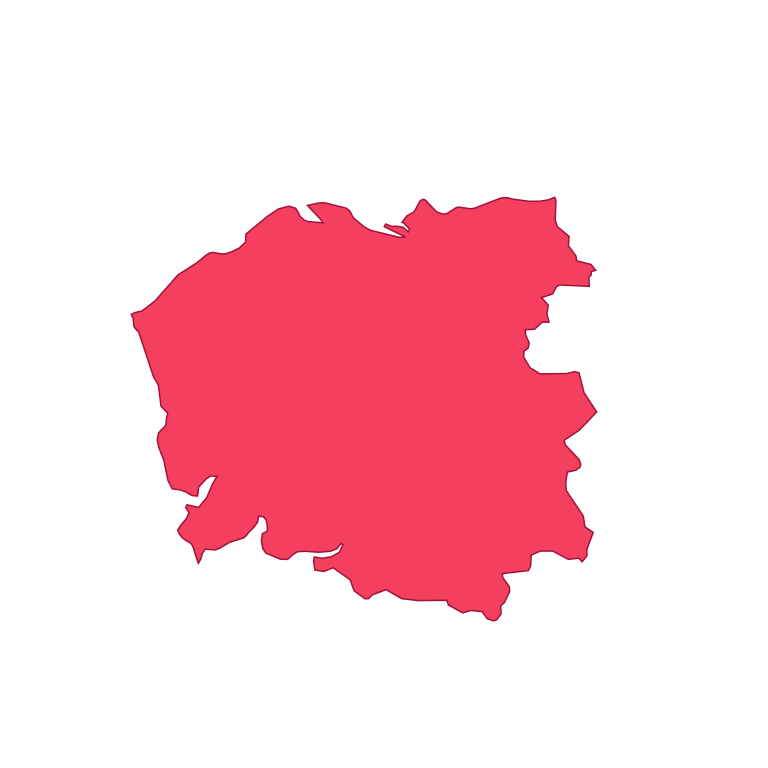 SVG path tracing the border of Cumbria, rotated 26°
{"feature_id": "GBR-2139", "entity_name": "Cumbria", "entity_type": "Administrative County", "adm_level": 1, "iso_a3": "GBR", "parent_name": "United Kingdom", "parent_adm1": "", "projection": "equal_earth", "projection_center": [-2.905, 54.627], "detail": "fine", "context": "isolated", "style": "filled", "palette": "rose", "viewbox_px": 768, "rotation_deg": 26, "n_neighbors": 0, "source": "natural_earth", "source_scale": "10m", "svg_char_len": 3002}
<svg xmlns="http://www.w3.org/2000/svg" viewBox="0 0 768 768"><g transform="rotate(26 384 384)"><path d="M398.4,175.4L408.0,165.2L413.0,162.5L419.0,161.3L434.2,156.2L443.8,151.5L451.2,146.3L455.5,141.4L458.0,143.6L466.1,161.7L470.7,166.5L485.6,170.2L489.2,178.9L500.4,184.8L503.1,188.8L517.6,185.8L524.5,189.0L520.9,192.2L522.4,195.1L521.3,198.2L525.7,206.2L498.8,217.9L496.4,220.5L496.1,229.0L487.8,237.3L497.1,241.1L499.8,249.8L505.2,256.0L499.1,259.1L495.3,268.8L487.3,273.2L489.4,277.4L496.7,283.7L497.8,288.6L495.4,293.1L497.7,298.6L508.1,305.3L519.8,306.5L543.7,294.5L550.1,289.2L554.4,288.5L567.6,304.1L587.4,315.9L579.8,339.9L570.6,355.6L573.8,359.3L592.5,366.4L596.1,369.9L596.6,373.1L594.2,377.4L587.4,382.8L590.7,393.4L594.6,399.9L621.0,415.3L627.2,424.3L637.1,425.7L638.9,444.0L641.7,449.4L640.0,456.9L635.4,455.2L626.5,460.8L608.9,460.2L597.8,465.6L591.3,473.3L595.6,483.3L595.6,488.4L573.5,502.5L575.6,505.9L585.5,511.2L587.8,515.3L588.1,527.4L586.1,532.3L590.0,539.2L588.7,546.4L586.7,548.7L579.9,549.8L571.8,545.6L561.3,549.5L555.1,555.2L538.8,554.4L535.2,550.9L509.5,563.8L493.8,569.2L476.0,567.9L465.9,578.7L464.1,583.8L461.0,585.4L447.7,582.9L439.4,574.8L418.8,571.5L412.1,578.9L404.0,581.3L403.4,581.5L398.4,574.1L397.2,570.0L404.6,567.9L412.5,562.3L417.7,554.7L417.5,546.4L415.1,546.4L413.8,552.9L408.8,558.1L398.5,564.1L386.0,569.1L379.6,572.8L376.9,577.4L374.2,583.9L367.6,586.9L351.9,587.8L347.2,585.0L342.5,578.7L340.4,571.8L343.6,567.3L341.1,562.3L337.9,558.1L334.0,556.2L329.3,557.9L330.9,563.9L329.8,569.9L327.8,575.6L326.7,580.4L325.2,584.0L314.8,593.7L308.9,602.8L305.3,607.0L295.8,610.8L295.0,615.7L296.1,621.6L295.7,626.6L283.5,613.9L280.3,611.8L274.7,611.5L269.9,610.5L265.9,608.6L262.5,605.6L263.5,598.9L265.4,591.5L265.2,585.2L259.9,581.9L259.9,578.9L271.5,576.2L274.5,563.6L273.7,549.0L274.3,540.2L268.8,542.5L265.9,547.0L262.6,557.9L265.6,566.4L260.4,568.4L252.4,567.9L246.9,568.7L239.6,571.0L232.1,565.4L219.6,549.1L209.3,539.6L204.7,533.8L202.8,526.9L203.7,523.5L205.2,520.0L205.9,516.2L203.4,510.0L202.7,505.6L201.7,504.8L193.4,501.8L181.6,483.8L173.5,478.4L141.0,445.1L135.3,442.8L133.6,441.4L130.0,435.2L126.3,432.2L128.9,429.0L132.6,425.9L134.2,424.9L141.7,409.9L151.0,376.3L162.8,356.8L167.7,346.1L170.1,342.4L173.1,340.5L180.7,338.4L184.4,336.5L188.8,332.3L194.3,325.3L197.3,317.1L194.2,309.8L205.6,284.7L212.4,272.9L220.5,265.9L227.3,264.7L231.3,267.0L235.0,270.1L240.6,271.7L244.3,271.4L258.5,265.9L254.2,263.5L236.9,257.1L245.8,250.1L251.0,247.2L272.8,242.5L277.1,243.4L279.7,245.0L281.7,246.8L284.4,248.3L297.3,251.4L304.2,251.8L333.0,245.6L339.1,242.5L315.3,242.5L315.3,239.6L321.9,238.8L327.2,236.3L332.5,234.8L339.1,236.6L339.1,233.5L330.7,230.6L329.3,230.9L330.8,223.1L335.3,216.5L335.7,214.6L336.2,203.4L337.7,201.3L339.5,200.5L341.5,200.9L354.6,205.8L357.1,206.1L362.7,205.4L364.5,204.3L365.9,203.0L371.7,193.7L373.5,192.3L384.6,188.7L387.1,187.2L389.7,185.0L390.9,183.4L398.4,175.4Z" fill="#f43f5e" stroke="#9f1239" stroke-width="1.5"/></g></svg>